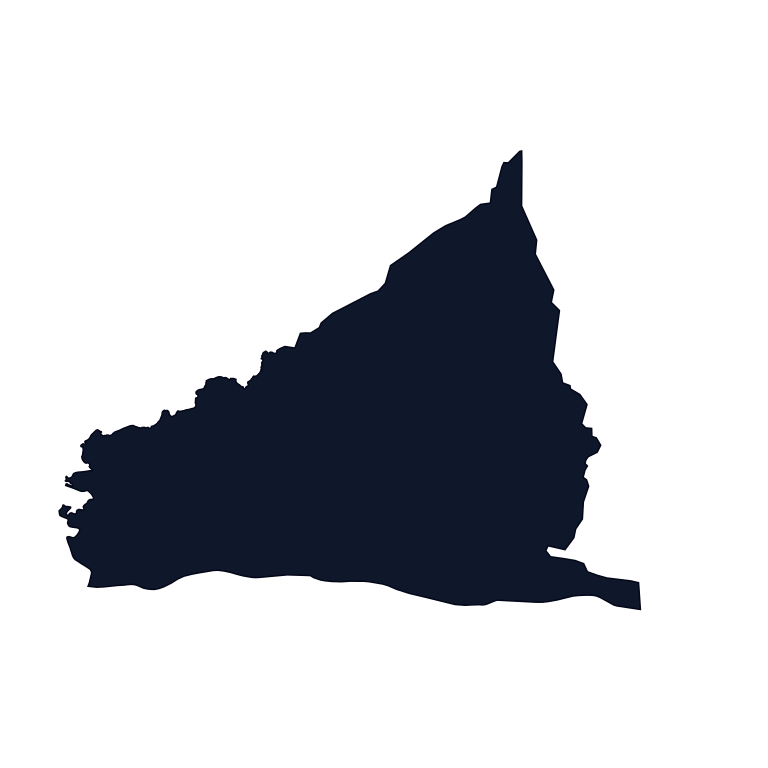 outline of San Javier, Río Negro, Uruguay, rotated 281°
{"feature_id": "84410073B27439401381300", "entity_name": "San Javier", "entity_type": "district", "adm_level": 2, "iso_a3": "URY", "parent_name": "Uruguay", "parent_adm1": "Río Negro", "projection": "equal_earth", "projection_center": [-58.06, -32.653], "detail": "fine", "context": "isolated", "style": "filled", "palette": "ink", "viewbox_px": 768, "rotation_deg": 281, "n_neighbors": 0, "source": "geoboundaries", "source_scale": "gbopen_adm2", "svg_char_len": 6112}
<svg xmlns="http://www.w3.org/2000/svg" viewBox="0 0 768 768"><g transform="rotate(281 384 384)"><path d="M329.6,202.4L327.3,203.6L325.9,203.3L324.6,202.6L323.6,201.3L323.3,200.2L322.1,198.0L320.5,194.0L319.6,192.9L319.3,191.6L318.5,190.3L318.4,189.3L318.0,188.4L318.3,187.2L318.0,186.6L315.9,185.7L314.9,185.7L313.5,185.0L313.0,184.0L312.0,183.0L311.4,181.6L312.5,179.7L313.4,179.0L315.8,177.9L316.6,176.6L316.7,176.0L316.3,175.6L316.1,174.5L316.3,173.8L316.2,173.3L315.9,172.8L314.3,171.8L313.3,171.8L311.0,172.0L305.2,170.8L303.8,169.6L302.4,169.2L300.5,167.5L298.9,165.8L298.0,163.8L296.6,163.8L295.8,162.8L295.7,162.0L296.4,160.6L295.5,158.9L295.7,156.9L295.4,155.5L294.9,154.4L294.1,153.5L294.5,152.4L294.0,151.5L294.6,150.4L294.8,147.7L295.2,146.8L295.4,145.5L294.5,142.8L290.5,136.4L288.4,133.7L285.3,128.7L284.3,128.1L283.9,127.5L282.3,126.7L281.7,126.0L281.0,124.4L280.9,123.8L281.2,123.2L281.0,121.5L280.1,121.3L280.2,119.7L279.5,119.2L279.6,118.2L280.1,116.5L279.8,116.1L280.1,115.7L281.7,115.5L282.0,115.0L282.9,115.8L283.2,115.6L283.3,114.3L284.0,112.9L284.3,112.0L284.1,110.9L283.5,110.2L278.4,106.6L277.3,106.1L274.7,105.4L273.5,104.6L272.3,103.6L271.1,101.8L270.6,101.4L270.0,101.4L269.3,102.6L268.1,102.5L267.9,102.2L267.9,100.5L267.6,99.6L266.4,98.6L265.8,98.2L265.2,98.3L264.7,98.7L264.7,100.5L264.4,100.9L263.6,100.7L263.0,101.1L262.3,101.3L259.4,101.5L256.2,101.6L255.1,101.2L253.8,101.6L252.3,102.4L251.0,103.6L250.0,104.9L249.5,106.0L249.6,107.1L250.1,108.3L250.0,109.1L249.4,110.0L248.8,110.5L248.0,110.7L247.4,110.7L246.7,110.4L245.8,111.3L244.1,114.0L243.4,114.0L243.1,113.6L242.7,111.8L240.5,105.7L238.9,100.0L238.0,98.1L237.0,96.6L236.0,96.1L234.4,95.8L233.1,95.2L232.0,94.2L231.4,92.3L231.5,91.5L231.9,91.0L232.6,90.4L232.7,89.8L231.7,89.5L229.9,90.4L229.1,90.2L228.4,89.7L228.0,89.8L227.8,90.9L228.2,92.0L228.2,93.9L226.7,95.3L226.5,96.6L226.1,97.1L225.2,97.6L224.4,97.4L224.2,96.7L224.6,95.5L224.8,93.6L225.4,92.5L225.5,91.7L225.0,91.0L224.0,90.8L223.7,90.9L223.4,92.6L222.6,98.1L221.0,106.4L221.0,108.0L221.5,110.2L222.3,111.5L222.8,112.9L222.7,114.0L220.2,117.8L217.1,120.6L216.0,120.6L215.0,119.8L214.6,117.8L213.6,116.4L212.9,115.9L210.5,115.3L208.5,113.4L207.2,112.5L206.1,112.2L203.6,113.5L203.1,113.3L202.8,112.2L202.7,108.7L202.4,107.9L201.5,106.9L200.6,106.5L198.7,106.8L197.6,106.0L197.3,104.7L197.9,102.0L197.5,100.9L196.9,100.0L195.8,99.6L194.7,99.5L194.2,98.6L196.3,96.7L197.1,96.8L198.8,97.6L202.6,100.0L203.0,100.0L203.4,99.7L203.4,97.4L203.1,95.7L203.3,93.8L204.1,92.7L203.7,91.9L201.7,91.9L199.8,90.9L197.6,89.3L194.6,90.2L193.3,90.9L192.6,92.4L191.3,99.2L190.5,100.0L187.9,99.9L186.9,100.0L185.3,101.1L184.2,102.4L184.0,104.5L184.3,110.2L184.0,111.9L183.2,112.9L182.1,113.3L180.9,113.0L177.6,111.8L175.0,110.1L174.1,109.2L173.7,107.5L174.1,104.1L173.8,103.0L173.2,102.1L172.3,102.0L168.6,103.8L163.6,107.0L156.2,111.0L154.2,112.5L152.8,114.2L149.5,122.3L147.7,127.1L146.0,131.1L143.4,133.0L139.7,133.0L132.7,132.7L129.0,132.1L129.7,140.6L131.3,147.4L135.4,160.8L137.1,167.5L138.1,170.4L138.9,173.3L139.5,177.0L139.2,180.4L137.7,187.1L137.7,191.3L138.1,195.5L138.6,198.0L140.1,201.7L142.8,206.4L148.0,213.2L153.2,218.7L157.2,224.3L160.7,231.8L163.2,238.1L168.4,252.0L169.5,256.6L169.9,262.1L169.8,269.0L169.1,276.8L168.8,282.7L169.0,291.3L169.5,294.9L170.2,297.9L178.2,325.5L180.8,341.2L181.9,348.2L180.5,352.0L179.5,359.2L179.6,364.0L180.2,370.5L181.8,380.1L183.9,388.0L186.5,401.7L187.1,407.4L187.4,420.9L186.9,426.2L184.8,435.9L183.3,448.9L182.6,465.7L181.1,495.8L182.3,506.0L183.7,511.4L185.7,520.3L185.8,522.2L186.5,524.7L187.8,527.3L192.9,535.1L193.5,536.9L198.8,574.7L200.1,581.4L201.9,587.0L205.0,595.0L212.0,610.1L213.7,615.9L215.5,623.5L216.4,628.9L216.5,632.8L215.7,637.0L210.9,651.8L210.6,655.1L211.6,678.7L237.5,671.8L237.8,663.6L236.1,639.9L236.9,629.9L238.5,619.5L245.7,614.3L247.2,605.3L246.9,593.6L246.2,580.5L251.2,574.6L256.5,575.9L255.9,593.3L269.4,599.7L278.3,599.8L289.3,604.5L306.2,602.2L322.7,604.4L328.6,601.1L330.4,597.3L337.7,597.7L342.4,599.3L344.1,596.6L347.8,596.6L351.6,598.3L357.7,606.3L365.2,608.4L371.7,602.6L372.2,598.1L380.0,596.3L379.4,590.3L382.8,585.5L402.6,587.2L411.1,578.2L414.7,568.0L417.9,566.9L419.2,559.1L427.5,555.9L438.0,545.3L489.6,542.2L496.0,532.6L508.7,532.7L540.3,507.7L554.4,506.4L585.0,485.1L627.2,477.2L639.0,474.7L638.2,472.8L624.8,463.8L624.2,459.5L620.1,458.4L598.7,457.0L595.6,452.8L581.9,453.9L578.7,444.5L574.0,440.3L563.3,431.9L559.7,427.3L551.2,414.4L542.0,404.2L517.4,383.3L501.5,367.8L483.1,366.1L474.1,360.5L470.1,353.7L443.5,320.0L431.9,310.7L427.0,309.8L420.0,302.1L419.1,296.9L417.8,292.3L402.3,289.7L401.9,279.5L398.9,275.2L396.8,272.8L395.9,272.4L394.9,272.7L394.3,272.7L393.6,272.1L393.1,270.9L393.2,269.6L393.7,268.3L393.7,266.7L393.3,265.9L392.4,265.4L392.1,264.5L392.0,263.9L392.3,263.4L392.9,263.3L393.1,262.2L393.5,262.0L393.5,261.3L392.7,260.8L392.1,259.9L391.2,259.3L389.5,259.3L388.4,258.7L387.7,258.9L387.5,259.4L386.6,259.6L386.3,259.0L385.9,258.7L385.4,258.7L385.2,259.3L385.3,259.9L385.0,260.5L384.4,260.8L383.0,260.5L382.6,260.2L382.0,260.3L381.4,259.9L380.0,260.3L379.5,261.1L378.8,261.2L378.4,260.4L376.7,260.2L375.9,260.8L374.3,260.5L374.0,261.1L373.7,261.1L373.5,260.7L373.0,260.5L372.1,260.1L371.0,260.0L370.0,259.0L368.0,257.9L367.3,256.8L366.9,255.7L366.9,254.6L365.7,253.9L365.1,254.1L364.4,253.4L363.3,252.7L362.3,252.6L360.7,250.8L360.2,250.1L359.0,250.0L358.1,250.8L356.0,250.9L355.3,249.7L354.3,248.9L352.9,249.1L352.6,248.3L352.7,247.1L354.2,246.3L354.4,243.9L355.5,242.5L356.4,240.1L357.5,238.6L359.5,237.7L360.3,237.8L360.7,235.2L360.1,232.3L359.0,232.0L358.5,231.4L360.0,228.0L360.0,226.7L359.3,225.5L359.9,223.3L359.7,220.7L358.7,218.8L357.5,217.0L356.8,216.6L356.1,213.3L355.1,211.3L353.3,209.0L352.0,209.2L351.0,208.9L350.5,209.2L350.0,209.4L346.2,208.2L345.2,208.1L344.9,207.8L343.8,205.5L343.3,203.8L342.6,202.9L341.9,202.0L340.2,201.0L339.7,201.1L339.1,201.6L338.6,201.5L338.2,202.1L338.1,202.9L337.5,203.4L336.6,203.8L335.7,203.8L334.9,203.4L334.6,202.3L334.3,202.0L333.8,201.9L329.6,202.4Z" fill="#0f172a" stroke="#020617" stroke-width="1.5"/></g></svg>